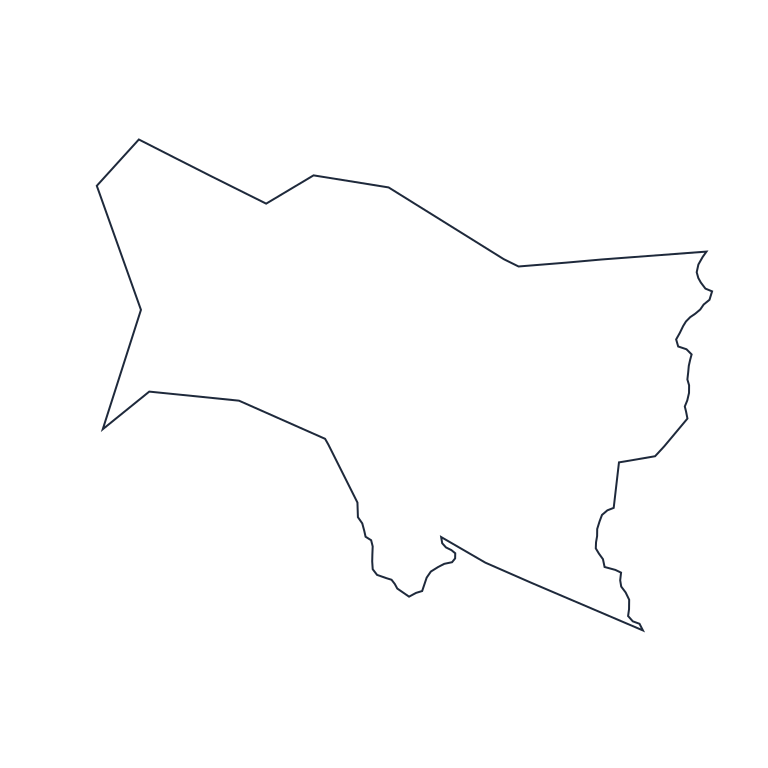 the district of Utinga, Bahia, Brazil, rotated 188°
{"feature_id": "56859067B43772333404859", "entity_name": "Utinga", "entity_type": "district", "adm_level": 2, "iso_a3": "BRA", "parent_name": "Brazil", "parent_adm1": "Bahia", "projection": "orthographic", "projection_center": [-41.139, -12.037], "detail": "fine", "context": "isolated", "style": "outline", "palette": "slate", "viewbox_px": 768, "rotation_deg": 188, "n_neighbors": 0, "source": "geoboundaries", "source_scale": "gbopen_adm2", "svg_char_len": 1405}
<svg xmlns="http://www.w3.org/2000/svg" viewBox="0 0 768 768"><g transform="rotate(188 384 384)"><path d="M83.1,560.0L185.8,537.6L220.2,529.6L267.1,519.1L282.8,524.3L406.8,579.3L482.8,580.8L525.8,546.2L584.1,565.7L623.0,579.0L660.8,592.0L696.0,540.3L691.9,532.5L635.0,423.6L656.2,300.1L615.4,343.8L525.3,347.3L434.7,321.5L430.7,316.3L393.8,262.9L391.3,248.5L386.1,242.9L383.1,235.8L381.0,230.2L375.0,227.5L372.6,221.6L371.8,213.6L371.0,206.7L369.4,199.0L364.3,194.0L354.8,192.1L349.3,191.2L345.5,187.5L342.4,183.3L329.6,176.9L323.2,181.6L317.4,184.3L314.8,198.2L311.5,204.8L304.8,210.4L299.3,214.3L291.8,217.0L289.3,221.2L289.9,226.3L294.2,228.9L299.9,230.8L304.2,234.4L306.1,240.4L258.8,221.2L210.3,207.6L93.3,176.0L97.6,182.1L104.6,183.6L110.0,188.2L110.0,195.1L111.2,204.5L115.7,211.2L120.9,216.4L122.8,222.5L123.0,230.2L129.0,232.1L140.1,233.5L142.8,241.0L147.6,246.0L151.4,250.7L152.0,256.8L151.8,263.1L152.7,270.1L151.4,278.0L149.9,284.7L145.2,290.0L139.3,293.3L140.4,339.1L134.9,340.8L105.5,350.2L97.8,361.3L78.7,392.0L81.1,398.9L83.0,403.6L81.4,409.9L80.7,417.6L81.7,425.2L84.2,430.7L84.4,438.1L84.7,444.4L84.2,450.6L83.5,456.1L89.3,460.5L97.9,462.1L100.9,468.8L98.2,475.7L95.8,483.1L93.7,487.9L90.1,492.8L85.5,497.0L81.2,501.8L78.5,507.2L73.4,512.7L72.0,521.4L79.0,523.2L84.4,528.6L87.5,532.7L89.9,538.2L89.3,546.1L86.1,554.2L83.1,560.0Z" fill="none" stroke="#1e293b" stroke-width="2"/></g></svg>